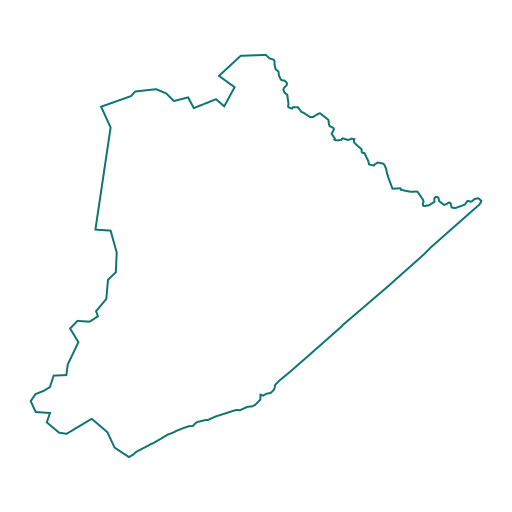 Pike, Kentucky, United States of America (orthographic projection)
{"feature_id": "52423323B94553693259062", "entity_name": "Pike", "entity_type": "district", "adm_level": 2, "iso_a3": "USA", "parent_name": "United States of America", "parent_adm1": "Kentucky", "projection": "orthographic", "projection_center": [-82.303, 37.469], "detail": "fine", "context": "isolated", "style": "outline", "palette": "teal", "viewbox_px": 512, "rotation_deg": 0, "n_neighbors": 0, "source": "geoboundaries", "source_scale": "gbopen_adm2", "svg_char_len": 2595}
<svg xmlns="http://www.w3.org/2000/svg" viewBox="0 0 512 512"><path d="M131.0,96.1L101.1,106.7L110.6,127.5L95.4,229.6L110.6,230.6L116.7,252.5L115.8,272.3L108.0,279.8L106.3,298.9L96.1,311.2L97.9,316.3L89.6,321.7L77.5,320.9L70.1,328.5L78.4,342.2L67.8,364.4L66.3,375.1L53.7,375.6L49.9,387.1L43.6,390.9L35.5,394.1L30.7,401.1L35.7,412.0L50.0,413.0L46.8,422.4L59.1,432.7L66.6,433.8L91.7,418.8L107.4,432.2L114.6,447.6L128.9,457.1L133.2,454.6L135.7,452.2L137.8,451.0L148.7,445.4L150.5,444.2L153.0,443.3L157.7,440.6L162.5,437.8L162.8,437.5L168.1,434.4L169.6,434.0L174.9,431.8L175.4,431.3L183.2,428.1L189.2,426.1L192.7,426.1L195.7,423.0L197.3,422.0L205.3,420.1L208.0,419.9L215.6,416.5L234.7,410.4L236.1,410.0L240.0,410.2L247.1,406.9L252.5,406.3L255.1,404.9L260.3,399.7L260.5,394.7L263.3,395.6L266.5,393.7L270.6,393.0L273.9,389.8L274.8,387.3L275.0,385.3L275.6,384.4L276.7,383.4L279.5,380.5L289.8,372.0L311.9,352.7L342.2,325.9L342.7,325.1L387.8,286.5L424.1,254.2L431.1,247.1L479.3,204.6L481.0,202.1L481.3,200.7L478.2,198.2L474.6,199.0L472.0,201.3L471.0,201.7L468.1,200.9L467.2,201.2L465.1,204.3L464.3,204.8L456.4,207.7L455.4,208.0L452.6,207.8L451.5,207.3L450.9,204.1L449.7,202.6L448.5,202.7L446.0,204.4L443.9,204.8L439.1,201.1L438.5,198.0L437.9,197.2L435.7,196.9L434.5,198.2L434.3,199.8L434.5,201.8L428.7,205.5L427.1,205.4L424.9,206.1L423.7,205.9L423.0,205.5L422.8,203.9L423.5,201.7L423.0,199.8L417.8,192.1L416.8,191.5L411.2,191.8L408.5,191.4L401.0,189.8L400.8,188.8L400.3,188.3L392.5,188.7L387.9,176.3L387.9,175.3L387.2,174.4L386.1,168.7L384.5,165.1L383.4,163.7L377.8,162.5L374.9,164.3L373.8,165.6L368.9,164.3L368.4,161.3L364.4,153.0L362.2,152.7L361.7,151.7L361.6,149.3L357.2,145.5L354.4,142.8L353.8,141.2L354.4,139.2L351.8,138.7L351.3,138.6L351.0,139.1L348.0,140.0L342.9,138.4L342.1,138.7L341.6,139.7L341.0,139.9L337.9,140.4L335.7,140.2L334.4,139.6L334.9,138.6L331.7,133.9L331.7,133.3L332.4,132.5L333.8,129.5L333.8,128.4L332.2,127.3L329.7,126.1L328.9,124.3L328.6,120.6L328.3,119.8L320.5,113.6L319.7,113.3L317.9,114.0L313.0,117.0L310.1,117.1L303.8,112.9L301.4,111.9L298.0,107.3L293.0,107.2L292.0,108.6L289.9,107.9L288.3,107.0L288.1,105.6L288.5,104.8L288.3,101.4L288.1,101.2L287.3,95.3L287.2,94.7L286.3,94.2L284.2,91.9L283.4,89.8L283.9,87.9L286.6,85.3L287.0,83.4L286.2,82.1L284.5,80.6L281.7,80.2L280.8,79.5L278.8,75.3L278.6,72.3L278.2,71.3L275.6,69.2L274.6,64.7L274.4,60.7L274.0,60.2L273.6,59.7L269.4,58.3L265.8,54.9L240.7,55.8L219.0,75.9L234.6,87.2L224.2,106.3L216.0,99.2L193.8,108.1L188.1,97.4L173.8,101.0L166.2,93.4L156.1,89.2L135.2,91.5L131.0,96.1Z" fill="none" stroke="#0f766e" stroke-width="2"/></svg>